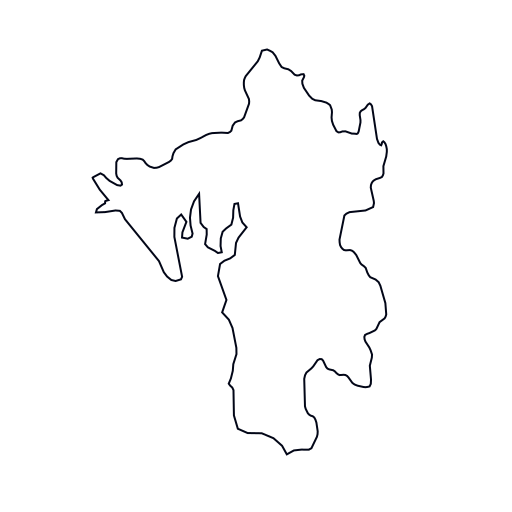 the border of Sligo, rotated 259°
{"feature_id": "IRL-728", "entity_name": "Sligo", "entity_type": "County", "adm_level": 1, "iso_a3": "IRL", "parent_name": "Ireland", "parent_adm1": "", "projection": "robinson", "projection_center": [-8.586, 54.193], "detail": "fine", "context": "isolated", "style": "outline", "palette": "ink", "viewbox_px": 512, "rotation_deg": 259, "n_neighbors": 0, "source": "natural_earth", "source_scale": "10m", "svg_char_len": 4054}
<svg xmlns="http://www.w3.org/2000/svg" viewBox="0 0 512 512"><g transform="rotate(259 256 256)"><path d="M55.8,270.9L57.3,263.5L57.9,256.1L55.4,248.4L64.7,245.4L73.8,238.4L80.9,227.8L83.8,214.0L89.9,205.2L103.7,203.9L128.6,208.3L131.4,207.6L133.7,205.9L135.9,204.9L140.6,208.0L147.7,211.3L154.2,213.1L163.4,218.1L169.6,219.2L189.8,219.2L198.7,217.2L207.1,212.0L218.5,218.6L243.5,214.8L255.0,219.2L257.4,224.1L258.6,230.2L261.1,235.4L272.7,238.9L277.4,242.4L286.0,252.3L291.5,249.0L297.8,247.9L311.2,248.4L311.2,244.8L305.3,242.5L297.9,240.8L291.5,237.8L288.8,232.0L286.2,227.9L280.0,224.8L272.5,223.1L266.2,223.1L266.2,219.2L268.9,216.6L273.7,210.4L277.4,208.3L286.4,211.7L291.9,212.7L294.4,210.2L299.1,207.9L327.9,212.0L321.5,205.6L314.1,201.1L306.2,198.5L298.4,197.6L290.1,198.0L287.2,196.6L286.0,192.3L288.2,186.9L293.3,188.3L302.8,194.2L311.0,190.5L307.9,185.5L299.2,181.3L290.3,179.5L249.7,179.5L247.4,177.9L246.8,172.3L248.6,168.3L252.8,164.8L257.7,162.4L269.5,159.8L317.1,134.4L323.9,132.6L326.3,131.0L327.5,126.8L327.9,116.2L329.3,107.2L332.4,108.8L335.4,114.6L336.5,117.9L338.2,118.3L338.7,118.6L339.0,121.8L350.9,115.3L363.1,110.7L364.1,110.6L364.4,111.2L366.8,119.1L364.3,122.1L361.3,123.8L357.7,126.6L352.1,133.2L350.9,136.4L351.7,138.1L354.0,138.2L356.0,137.4L359.2,135.1L361.3,134.5L363.7,134.5L374.8,136.8L377.4,139.0L377.9,141.1L377.6,143.0L376.7,145.0L376.0,147.7L374.5,157.6L373.5,160.9L372.2,163.2L370.4,164.4L368.3,165.3L366.1,166.7L364.1,168.7L361.9,172.7L361.6,175.4L361.8,177.8L364.9,188.5L365.9,190.6L367.3,192.2L369.7,193.0L372.7,194.6L376.0,197.5L379.4,206.0L380.7,211.5L381.3,219.5L382.4,224.0L384.3,230.1L384.9,233.4L385.0,236.3L383.7,245.6L382.1,251.9L382.7,254.1L383.7,255.7L388.4,258.0L391.1,260.9L391.8,263.7L392.0,267.2L393.0,269.1L394.3,270.7L406.8,278.2L409.0,278.8L411.5,279.0L420.8,276.7L423.3,276.5L426.2,276.7L428.8,277.2L431.1,277.9L432.9,279.0L434.5,280.2L446.8,294.9L450.2,297.5L456.4,301.0L456.6,306.3L454.6,309.1L452.8,311.2L448.7,313.3L440.7,315.5L436.6,317.2L434.9,319.5L433.1,323.4L430.8,325.8L426.6,328.5L425.4,330.6L425.2,332.7L425.7,334.8L425.4,337.4L423.7,337.8L422.4,337.2L419.3,334.8L416.2,334.4L411.9,335.1L403.4,338.7L399.6,341.2L397.6,343.8L395.6,349.7L393.1,354.4L391.2,356.4L389.9,357.5L385.3,358.3L382.6,358.0L377.6,356.6L374.1,356.3L370.1,356.8L363.2,358.8L361.6,360.5L361.4,362.2L361.8,364.6L361.3,367.6L357.9,373.4L357.3,376.0L356.6,378.1L356.8,379.0L357.4,379.7L358.8,380.6L367.1,384.0L369.5,384.5L374.5,384.7L376.7,385.2L378.1,386.4L378.9,388.0L379.5,390.0L380.4,391.7L383.2,394.6L384.1,396.7L382.9,397.8L380.9,398.5L347.8,397.1L343.6,397.8L341.6,398.9L340.8,400.0L342.1,400.9L343.4,401.3L344.3,402.8L343.2,403.7L341.2,404.5L338.7,404.8L335.9,404.8L333.3,404.3L328.8,402.8L319.9,398.2L312.7,396.9L310.9,395.9L309.5,394.6L309.0,392.6L308.5,388.4L307.8,386.4L306.9,384.8L305.4,383.4L303.7,382.4L301.2,381.7L287.6,382.1L285.4,381.9L281.7,380.3L279.8,372.2L281.2,356.2L280.3,352.8L278.9,350.5L256.2,341.1L253.5,340.7L250.7,340.6L248.5,341.2L246.6,342.2L245.1,343.5L244.4,345.3L243.9,349.4L243.0,351.1L241.6,352.5L239.9,353.5L237.8,354.6L229.2,357.0L227.6,357.9L225.4,360.0L223.4,361.4L218.6,362.1L215.5,363.0L213.4,364.1L210.1,368.9L206.9,371.4L203.1,372.4L185.1,374.0L173.8,372.7L171.7,371.6L170.2,370.3L167.5,364.7L161.5,360.3L160.6,359.1L160.2,358.3L158.7,352.6L158.4,350.4L157.7,348.0L155.9,346.9L153.5,346.7L151.1,347.1L144.5,349.8L141.6,350.5L137.1,351.1L134.1,350.3L126.6,346.8L112.6,345.3L108.6,344.3L106.3,342.6L106.2,340.6L106.3,338.5L106.9,336.5L109.3,331.0L110.8,328.6L111.9,327.4L113.2,326.3L119.1,323.6L120.8,322.6L122.1,321.1L122.7,319.3L122.9,317.3L123.2,315.2L124.3,313.8L125.9,312.5L127.7,311.4L129.1,310.0L130.7,306.3L131.8,304.7L133.5,303.7L140.5,301.9L142.2,300.8L142.7,298.9L142.0,296.5L136.7,291.1L135.1,288.9L132.0,283.3L129.6,281.4L126.2,279.9L99.1,275.4L96.5,275.6L91.7,276.9L89.9,278.1L88.7,279.5L87.9,281.1L86.3,282.4L84.0,283.1L80.9,283.5L72.1,283.1L69.3,282.4L66.9,281.3L56.7,273.7L55.9,271.0L55.8,270.9Z" fill="none" stroke="#020617" stroke-width="2"/></g></svg>